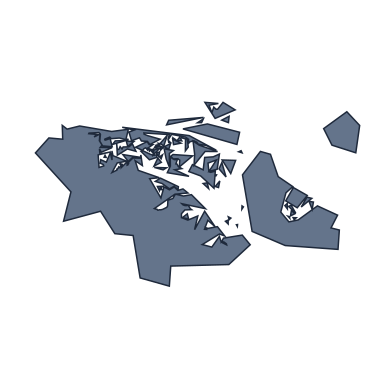 Guayaquil, Guayas, Ecuador (Natural Earth projection), rotated 276°
{"feature_id": "8360857B75288721097085", "entity_name": "Guayaquil", "entity_type": "district", "adm_level": 2, "iso_a3": "ECU", "parent_name": "Ecuador", "parent_adm1": "Guayas", "projection": "natural_earth1", "projection_center": [-80.067, -2.513], "detail": "fine", "context": "isolated", "style": "filled", "palette": "slate", "viewbox_px": 384, "rotation_deg": 276, "n_neighbors": 0, "source": "geoboundaries", "source_scale": "gbopen_adm2", "svg_char_len": 6189}
<svg xmlns="http://www.w3.org/2000/svg" viewBox="0 0 384 384"><g transform="rotate(276 192 192)"><path d="M214.5,32.2L179.5,71.6L149.5,67.3L163.3,103.1L142.5,119.6L142.6,138.0L101.1,149.4L96.0,179.3L116.1,178.6L123.7,236.2L145.6,255.4L154.4,246.5L149.4,228.1L145.3,226.6L145.8,227.4L145.6,229.1L144.1,231.6L143.0,232.0L145.2,226.3L150.7,223.9L139.3,217.5L140.8,207.7L153.1,223.7L151.7,229.1L160.2,220.9L157.5,211.8L157.9,209.5L156.9,210.5L156.3,210.6L156.2,208.3L165.5,210.7L159.9,218.6L174.2,206.6L154.8,198.5L168.8,200.3L163.6,190.8L165.4,184.2L169.3,183.8L173.4,186.8L174.4,193.5L175.3,192.0L178.3,189.7L177.8,187.5L177.8,186.1L178.2,184.5L179.3,183.1L176.8,207.1L189.3,191.7L187.1,184.0L188.1,175.7L183.5,173.6L181.3,168.9L175.5,169.2L174.1,168.5L171.7,164.7L171.0,162.8L170.9,161.3L170.4,160.3L170.4,159.6L171.2,159.0L171.2,157.9L171.6,156.3L188.0,175.2L190.6,188.1L194.1,182.7L192.1,177.8L195.1,173.8L191.8,169.3L194.1,163.6L182.8,161.7L200.8,148.5L202.8,158.0L207.9,136.3L217.2,132.2L213.1,139.9L223.5,137.3L220.2,137.1L219.6,129.7L214.9,125.7L213.8,126.0L212.3,125.4L211.9,124.7L215.5,124.5L209.2,119.4L212.2,119.8L212.1,119.2L212.8,118.1L212.7,117.5L212.1,117.5L211.8,118.5L211.2,118.7L208.7,117.4L208.6,117.1L209.2,116.4L208.2,116.1L207.0,115.4L207.2,114.4L206.9,114.9L205.9,115.0L203.0,110.4L213.1,114.6L215.8,123.8L219.9,109.6L224.5,108.1L215.4,109.1L222.5,106.7L212.7,103.7L214.6,97.9L211.0,97.8L210.1,100.8L209.2,101.4L208.7,101.5L206.7,97.0L219.1,94.8L223.2,106.4L220.1,96.5L225.3,95.4L222.1,97.6L227.7,107.8L226.8,96.1L229.3,97.7L233.3,94.5L240.0,94.4L236.5,88.9L239.3,91.3L239.2,83.2L239.8,83.4L241.4,93.2L239.7,94.9L232.9,95.0L228.5,98.3L228.7,107.9L236.6,105.0L234.6,100.5L234.6,100.0L235.0,99.7L235.6,99.9L238.0,104.5L236.6,106.1L238.1,114.1L237.2,120.8L247.7,122.1L243.8,105.8L245.9,73.4L241.5,61.2L244.7,56.0L231.0,57.9L230.8,44.0L214.5,32.2ZM214.3,240.4L159.1,255.9L148.5,290.3L150.2,343.2L169.6,342.5L170.8,334.0L184.2,339.2L191.3,318.2L175.3,300.5L172.4,291.5L181.3,282.4L201.0,285.5L207.9,291.7L216.3,276.1L237.7,266.1L239.5,255.8L214.3,240.4ZM253.2,326.3L248.1,350.8L275.7,351.8L288.0,337.6L268.8,316.3L253.2,326.3ZM247.8,183.3L249.1,115.8L247.5,127.9L245.0,123.0L236.7,126.5L240.4,134.1L237.4,136.4L237.7,142.4L234.8,145.2L241.2,154.7L243.4,142.0L244.5,138.3L245.7,138.0L246.7,163.4L240.9,162.6L247.2,165.7L245.9,179.9L244.0,183.1L239.8,183.4L241.6,184.6L243.0,187.8L243.1,188.7L242.0,191.7L240.2,193.2L239.8,201.2L236.1,211.8L247.8,183.3ZM256.4,233.1L261.3,200.2L253.8,176.4L244.0,231.7L256.4,233.1ZM219.3,189.6L212.0,186.7L208.9,198.9L198.0,213.5L215.1,213.0L213.5,208.5L213.9,206.7L222.4,204.9L226.4,212.9L214.3,206.8L217.3,214.7L232.6,215.3L229.2,209.4L227.7,201.0L215.2,200.8L219.3,189.6ZM282.5,195.5L267.6,207.3L278.2,226.3L284.4,213.5L277.0,208.8L276.8,207.3L278.7,204.8L272.9,203.5L280.1,199.9L282.8,209.0L282.5,195.5ZM242.8,187.7L229.8,190.7L218.9,191.2L233.7,200.8L234.9,213.2L239.3,194.3L242.8,187.7ZM193.0,286.1L187.3,298.3L200.6,307.0L207.0,292.4L193.0,286.1ZM267.4,195.7L260.9,161.3L256.1,159.7L267.4,195.7ZM215.5,167.8L208.6,165.4L207.3,187.4L212.3,172.5L214.2,179.4L215.9,175.7L218.3,174.1L218.3,173.0L223.3,174.2L222.4,172.2L222.4,170.8L224.4,166.7L215.5,167.8ZM232.4,112.0L220.8,113.9L228.0,123.2L226.6,132.0L233.6,127.7L230.3,124.5L229.6,118.8L227.4,117.9L229.6,115.8L226.8,114.8L226.3,113.3L232.4,112.0ZM228.0,188.8L227.3,169.2L225.3,167.1L223.0,169.8L223.6,174.1L222.4,176.5L215.6,176.8L228.0,188.8ZM228.0,232.1L227.0,218.6L214.4,228.6L228.0,232.1ZM222.3,162.8L214.7,166.7L228.0,165.5L231.3,169.2L232.0,159.8L222.3,162.8ZM195.9,177.9L202.5,159.2L198.7,154.4L197.3,161.4L192.8,169.3L195.8,173.5L193.1,177.9L195.9,177.9ZM237.4,142.1L230.6,131.2L228.2,138.5L230.2,139.8L231.1,141.4L229.3,143.2L230.8,143.3L234.9,148.0L234.6,144.5L237.4,142.1ZM222.0,119.3L215.8,125.4L220.4,129.5L221.1,136.9L222.0,119.3ZM237.2,168.7L239.4,175.9L242.2,168.1L243.9,166.9L237.2,168.7ZM217.8,216.5L210.5,224.3L224.4,218.6L217.8,216.5ZM225.3,146.2L227.8,139.2L227.1,137.0L219.6,146.3L222.6,153.1L225.4,153.4L224.4,149.9L225.3,146.2ZM222.1,154.5L213.8,151.5L218.3,158.4L222.1,154.5ZM243.9,181.8L244.9,175.2L244.1,180.0L232.2,181.1L236.3,183.6L243.9,181.8ZM194.9,309.4L187.3,313.3L194.7,313.8L194.9,309.4ZM234.8,110.3L231.0,108.0L236.3,120.8L234.8,110.3ZM198.9,306.9L188.5,302.2L198.2,311.8L198.9,306.9ZM205.9,218.5L199.9,214.5L199.2,217.9L205.9,218.5ZM264.8,221.0L271.2,221.0L266.6,214.1L264.8,221.0ZM245.8,161.5L237.0,155.3L234.8,159.1L245.8,161.5ZM235.8,121.3L230.6,123.3L236.1,128.9L235.8,121.3ZM181.8,297.4L189.1,292.1L187.8,289.5L181.8,297.4ZM169.8,189.6L165.5,185.1L164.9,191.4L169.8,189.6ZM183.9,292.8L178.5,292.4L181.2,296.7L183.9,292.8ZM223.9,155.2L228.6,155.6L227.8,154.4L227.5,152.1L223.9,155.2ZM232.8,156.0L229.7,149.8L224.7,149.4L232.8,156.0ZM202.7,206.2L201.6,202.2L197.1,208.2L202.7,206.2ZM237.9,165.6L234.0,159.5L232.2,164.5L237.9,165.6ZM194.8,163.4L193.9,157.0L189.8,159.5L192.9,159.9L194.8,163.4ZM213.4,164.1L212.5,151.9L211.0,161.0L213.4,164.1ZM262.0,194.3L265.8,195.6L261.5,190.3L262.0,194.3ZM245.3,174.1L241.7,171.8L241.8,176.5L245.3,174.1ZM188.2,285.8L185.2,288.6L190.5,287.9L188.2,285.8ZM167.9,230.9L166.4,228.3L164.0,231.3L167.9,230.9ZM235.3,151.5L231.8,149.9L232.3,151.7L235.3,151.5ZM221.8,157.8L225.9,158.8L223.7,156.2L221.8,157.8ZM168.4,231.9L170.1,233.4L171.1,230.7L168.4,231.9ZM230.9,149.1L228.5,147.2L227.4,148.4L230.9,149.1ZM233.5,158.9L234.2,155.3L233.6,156.5L230.4,156.4L233.5,158.9ZM230.8,143.9L228.1,145.4L230.1,146.8L230.8,143.9ZM242.0,170.9L243.7,167.7L242.4,168.3L242.0,170.9ZM180.1,243.4L182.6,244.7L183.4,243.2L180.1,243.4ZM236.2,237.7L238.2,236.5L236.9,234.2L236.2,237.7ZM236.0,122.4L238.3,123.0L236.3,121.4L236.0,122.4ZM177.3,298.4L177.1,295.2L175.2,296.5L177.3,298.4ZM234.1,154.8L235.3,152.5L232.8,152.5L234.1,154.8ZM239.0,165.3L240.8,163.1L238.9,163.6L239.0,165.3ZM217.4,103.0L219.4,101.7L217.4,101.0L217.4,103.0ZM191.2,161.8L193.1,160.7L191.1,160.2L191.2,161.8ZM176.2,291.9L177.6,291.5L177.9,290.0L176.2,291.9ZM210.0,213.8L211.6,214.6L211.6,213.8L210.0,213.8ZM235.0,154.9L236.8,155.0L236.9,153.3L235.0,154.9ZM162.5,240.7L164.4,240.7L164.1,239.6L162.5,240.7Z" fill="#64748b" stroke="#1e293b" stroke-width="1.5"/></g></svg>